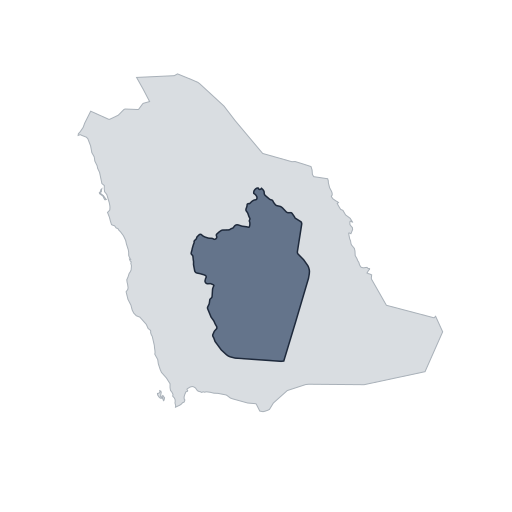 where Ar Riyad sits in Saudi Arabia, rotated 11°
{"feature_id": "SAU-1097", "entity_name": "Ar Riyad", "entity_type": "Region", "adm_level": 1, "iso_a3": "SAU", "parent_name": "Saudi Arabia", "parent_adm1": "", "projection": "albers", "projection_center": [44.266, 23.395], "detail": "fine", "context": "in_parent", "style": "filled", "palette": "slate", "viewbox_px": 512, "rotation_deg": 11, "n_neighbors": 0, "source": "natural_earth", "source_scale": "10m", "svg_char_len": 7331}
<svg xmlns="http://www.w3.org/2000/svg" viewBox="0 0 512 512"><g transform="rotate(11 256 256)"><path d="M386.7,361.7L332.3,371.8L329.3,372.7L312.4,382.1L301.1,397.0L298.5,404.0L297.1,405.1L294.7,406.5L292.6,407.5L289.3,407.5L285.2,402.2L284.2,401.1L283.3,401.1L275.9,401.9L260.5,400.7L257.9,400.3L254.5,398.6L253.6,398.2L252.7,398.1L244.8,398.1L240.8,398.7L237.0,398.5L233.0,398.8L231.6,399.5L230.1,399.4L229.1,400.0L228.3,400.3L227.3,399.8L226.0,399.9L224.2,399.4L223.0,398.3L221.9,397.2L220.8,396.7L219.5,396.3L218.4,396.3L216.9,396.9L216.0,397.5L213.8,399.5L213.7,400.2L214.7,401.4L214.4,402.0L213.1,402.7L212.7,404.6L212.5,405.6L212.3,408.1L212.8,410.1L213.6,410.8L213.6,411.7L213.2,413.3L212.0,413.9L211.1,415.4L210.5,416.2L209.6,417.0L205.8,419.8L205.7,418.2L204.5,415.7L204.4,414.0L203.9,412.3L202.9,410.9L201.0,409.5L200.9,407.6L199.5,405.8L197.7,404.2L196.7,401.5L196.0,397.8L191.3,392.8L185.4,388.3L183.6,385.7L180.7,380.5L179.3,376.4L175.4,371.7L175.3,369.9L174.7,367.7L173.8,365.2L173.3,363.3L169.5,354.7L168.3,353.3L167.2,351.4L167.0,350.0L166.7,349.2L163.9,347.7L161.4,344.1L153.7,338.2L149.9,337.5L146.9,335.4L144.8,332.7L142.6,328.1L138.6,323.0L135.3,315.9L136.5,313.4L136.5,311.6L135.5,308.6L134.4,306.2L133.7,304.0L134.4,300.9L134.8,297.4L135.6,295.5L136.1,293.5L135.6,289.3L134.5,287.0L134.7,285.6L133.4,284.8L132.4,283.2L133.5,283.2L131.6,280.9L130.9,279.6L130.3,276.6L129.4,274.2L126.5,268.9L125.1,265.6L122.0,261.4L118.5,258.2L116.3,256.7L115.2,255.4L113.4,255.2L111.4,253.3L110.0,253.2L108.2,252.8L106.3,249.3L104.7,245.9L101.9,241.5L102.7,240.5L103.7,238.7L103.4,236.3L103.0,234.7L101.8,231.7L97.9,224.3L96.8,223.2L95.1,221.8L94.1,218.6L93.7,215.8L90.9,214.3L86.5,203.8L83.8,200.1L82.8,197.7L79.7,193.6L78.3,189.6L75.1,185.8L72.6,179.4L68.5,172.9L66.7,171.7L62.2,170.9L60.3,170.4L58.4,171.6L58.3,169.9L59.7,167.6L61.8,162.7L62.5,158.3L66.1,145.4L85.2,149.9L86.2,149.8L93.9,144.1L98.4,137.4L99.4,136.7L112.4,134.7L112.8,134.4L115.7,128.3L116.0,127.9L116.3,127.6L122.1,124.7L113.5,113.9L104.7,103.5L140.9,94.7L141.5,94.5L144.2,92.2L159.8,95.3L165.9,96.7L167.8,97.6L195.9,114.9L209.8,127.2L242.9,154.0L243.4,154.1L273.3,156.6L276.4,155.8L284.7,156.7L292.9,157.7L294.6,160.8L295.2,163.0L295.8,165.2L297.5,167.1L304.4,166.8L311.6,166.5L312.6,168.4L313.1,170.4L315.2,174.9L318.0,178.4L318.7,179.7L319.2,181.6L318.7,182.4L318.6,183.3L320.6,185.2L324.0,186.7L325.3,187.1L326.8,187.8L325.7,189.0L327.8,191.5L330.2,194.1L332.6,194.6L336.1,198.6L341.2,201.0L344.3,204.3L344.1,204.4L343.2,204.1L342.0,203.7L341.7,204.1L341.8,205.6L342.2,207.2L343.8,208.7L345.2,209.7L345.8,211.6L344.9,216.0L344.5,216.0L343.8,215.7L343.0,215.6L342.6,215.9L343.7,218.9L344.7,221.3L345.9,223.1L346.9,225.8L347.7,227.0L351.1,229.8L352.2,232.2L353.3,236.7L355.5,239.2L356.7,241.1L358.2,242.7L359.3,244.9L360.8,246.6L361.5,247.0L362.6,247.1L363.9,247.1L365.5,246.5L367.1,246.0L368.5,246.9L369.9,246.7L370.0,247.5L369.2,248.6L368.2,251.5L369.8,251.9L371.4,252.0L372.5,252.4L373.1,252.4L373.2,253.0L373.4,255.7L373.8,256.7L393.4,279.5L442.4,282.7L442.7,282.6L443.8,280.9L453.7,294.8L444.0,337.3L386.7,361.7ZM189.7,412.5L191.2,412.7L190.6,412.0L190.5,411.7L191.2,410.7L193.3,412.7L193.2,415.0L193.0,415.6L192.4,415.1L192.1,414.6L191.9,414.0L191.3,413.5L189.2,413.8L187.9,413.1L186.0,411.2L185.5,409.7L186.3,409.5L187.2,408.8L187.7,407.7L187.2,406.6L188.4,406.8L189.0,408.0L189.0,410.6L189.2,411.2L188.9,411.8L189.7,412.5ZM97.3,229.6L96.8,229.6L95.5,228.1L94.8,227.0L94.1,226.3L90.6,224.7L90.1,223.8L90.7,222.9L91.1,223.8L91.7,224.4L94.6,225.8L97.7,228.7L98.3,229.0L97.3,229.6ZM91.9,222.5L91.7,222.7L91.0,222.0L91.1,220.4L91.8,219.5L91.7,220.7L91.9,222.0L91.9,222.5Z" fill="#d9dde1" stroke="#a8b0b8" stroke-width="1"/><path d="M242.8,229.2L243.2,229.2L243.6,229.1L243.8,228.7L243.9,228.3L244.0,227.9L244.0,227.3L244.0,226.6L243.8,225.3L243.6,224.6L243.4,224.0L242.8,223.1L242.7,222.6L242.8,222.0L243.0,221.0L242.9,220.4L241.4,218.4L239.8,215.6L239.3,215.0L237.8,213.6L237.5,213.2L237.3,212.7L237.3,212.3L237.2,211.9L237.6,209.2L237.6,208.3L237.5,207.3L237.5,206.9L237.9,206.4L238.3,206.1L238.7,206.0L239.5,205.9L239.7,205.7L240.0,205.4L241.3,203.5L242.0,202.7L242.9,201.9L243.3,201.6L243.8,201.3L244.7,201.0L245.1,200.8L245.5,200.5L245.7,200.2L245.9,199.8L245.9,199.6L245.9,199.2L245.9,198.8L245.8,198.4L245.6,198.0L245.4,197.5L245.0,197.1L244.7,196.7L243.9,196.0L243.1,195.5L241.9,195.0L241.8,194.7L241.6,194.0L241.6,193.5L241.6,193.1L241.6,192.7L241.8,192.0L242.1,191.4L242.6,190.5L243.1,189.9L243.7,189.4L243.9,189.2L244.0,189.2L245.0,188.8L245.4,189.1L245.5,189.2L245.8,189.6L246.1,189.8L246.5,190.0L246.9,190.0L247.4,189.8L247.8,189.6L248.5,188.5L250.3,189.7L251.1,190.5L251.4,190.9L251.7,191.4L252.2,193.2L252.4,193.7L252.9,194.3L253.3,194.7L258.6,197.7L259.4,197.9L260.8,198.0L261.2,198.1L261.6,198.3L262.0,198.7L263.1,200.1L264.9,201.7L265.7,202.3L266.1,202.4L266.9,202.6L270.0,202.7L270.8,202.8L271.6,203.1L272.8,203.7L277.4,207.0L277.8,207.2L278.3,207.3L278.7,207.4L279.2,207.4L281.9,206.8L282.4,206.8L282.8,207.0L283.2,207.2L286.3,210.2L286.8,211.0L287.2,211.3L287.6,211.5L293.6,213.8L293.8,214.0L294.1,214.2L294.3,214.6L294.5,215.0L294.7,215.4L294.8,216.0L295.8,243.9L296.0,244.8L296.1,245.1L296.4,245.5L296.7,245.9L303.5,250.6L308.4,255.3L309.2,256.2L310.0,257.5L310.9,259.3L311.4,260.8L311.7,263.3L311.8,267.9L307.5,312.8L303.3,353.8L300.8,354.6L255.0,360.2L249.9,359.9L248.0,359.5L247.0,359.1L245.6,358.4L240.1,355.0L239.8,354.8L232.1,347.7L230.2,344.5L229.1,343.2L228.8,342.7L228.6,342.0L228.6,341.5L229.4,338.0L229.8,337.2L230.9,335.4L231.1,335.0L231.3,334.6L231.3,334.1L231.2,333.7L231.1,333.3L230.9,332.8L229.3,331.0L228.1,329.4L227.5,328.4L226.4,327.2L223.6,324.6L218.6,317.0L218.4,316.6L218.3,316.2L218.2,315.7L218.3,315.3L219.1,312.3L219.2,311.4L219.0,307.9L219.0,307.5L219.2,307.1L219.4,306.7L220.0,306.0L220.2,305.6L220.4,305.2L220.6,304.7L220.6,304.3L220.6,303.9L219.7,296.9L219.7,296.1L220.3,293.0L220.2,292.9L220.0,292.6L219.6,292.4L219.2,292.3L216.9,291.8L216.5,291.8L216.1,291.9L213.8,292.5L213.4,292.5L212.9,292.5L212.1,292.2L211.7,291.9L211.3,291.5L210.8,290.7L210.7,290.2L210.7,289.7L210.8,287.6L211.1,286.7L211.2,286.3L211.1,285.9L210.9,285.4L210.4,285.0L209.9,284.7L209.4,284.6L208.6,284.4L204.4,284.0L201.4,284.0L200.8,283.9L200.3,283.8L199.9,283.6L199.5,283.3L199.2,283.0L198.9,282.7L198.7,282.4L196.3,276.4L195.8,273.5L195.6,272.9L195.2,271.9L194.2,268.6L193.9,267.9L193.5,267.5L193.1,267.2L192.4,266.7L192.2,266.5L192.0,266.3L191.8,265.8L191.8,264.5L192.0,262.6L192.0,260.6L192.3,257.1L192.6,255.5L192.7,254.7L192.7,254.3L192.5,253.6L192.4,253.4L192.5,253.1L192.6,252.8L192.9,252.3L193.8,251.1L194.1,250.5L194.3,249.6L194.3,248.8L194.7,248.1L196.0,246.2L196.2,245.9L196.7,245.5L197.2,245.3L197.6,245.3L198.0,245.3L200.0,246.4L200.8,246.7L202.2,247.1L205.6,247.5L206.5,247.5L209.2,247.1L210.1,247.1L211.5,247.6L211.9,247.6L212.3,247.5L212.7,247.3L213.2,246.9L213.6,246.4L213.9,245.6L213.9,245.0L213.8,244.6L213.3,243.7L213.1,243.3L213.0,242.9L213.1,242.4L213.4,241.8L215.2,239.4L217.0,237.6L217.5,237.3L217.9,237.0L224.2,235.6L225.0,235.2L225.4,234.9L226.4,233.9L227.8,233.1L228.2,232.7L228.5,232.1L229.2,230.7L229.7,230.0L230.0,229.7L230.3,229.5L230.6,229.3L231.0,229.1L231.4,229.0L231.8,228.9L232.7,228.9L236.6,229.4L241.1,229.1L242.8,229.2Z" fill="#64748b" stroke="#1e293b" stroke-width="1.5"/></g></svg>